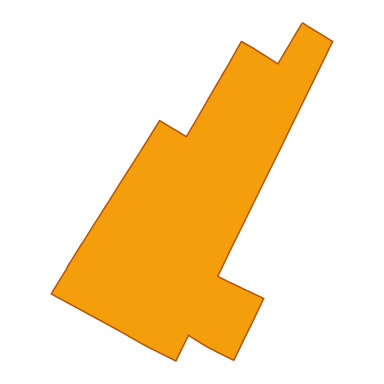 outline of Valea Macrisului, Ialomita, Romania
{"feature_id": "2599482B8217368886513", "entity_name": "Valea Macrisului", "entity_type": "district", "adm_level": 2, "iso_a3": "ROU", "parent_name": "Romania", "parent_adm1": "Ialomita", "projection": "orthographic", "projection_center": [26.849, 44.758], "detail": "fine", "context": "isolated", "style": "filled", "palette": "amber", "viewbox_px": 384, "rotation_deg": 0, "n_neighbors": 0, "source": "geoboundaries", "source_scale": "gbopen_adm2", "svg_char_len": 1994}
<svg xmlns="http://www.w3.org/2000/svg" viewBox="0 0 384 384"><path d="M156.9,351.5L161.7,353.9L175.9,361.0L179.9,352.8L181.8,348.9L185.8,340.8L187.6,337.2L188.4,335.3L188.5,335.2L188.9,335.5L192.2,337.7L199.1,342.1L208.1,347.4L216.2,351.6L218.7,352.9L230.0,358.5L233.8,360.3L238.7,350.3L243.3,340.8L245.6,336.0L248.5,330.2L249.6,328.0L250.4,326.4L252.1,322.8L254.2,318.4L255.9,314.9L263.7,298.5L243.2,288.8L231.0,282.9L230.8,283.0L218.0,276.5L217.8,276.2L227.3,256.6L227.5,255.8L243.2,224.1L267.6,174.5L271.0,167.6L276.2,157.1L283.3,142.7L283.5,142.4L284.3,140.6L287.9,133.2L292.6,123.5L322.4,62.6L327.5,52.1L332.0,42.8L332.4,42.1L332.7,41.5L332.7,41.4L331.3,40.7L330.8,40.4L326.2,37.5L322.8,35.4L320.2,33.8L318.4,32.7L314.9,30.6L311.5,28.5L310.7,28.0L307.0,25.8L304.3,24.0L304.2,23.9L303.6,23.6L303.1,23.3L303.0,23.2L302.8,23.0L302.0,23.6L301.6,24.0L295.9,33.5L292.2,39.7L292.0,40.4L284.9,52.1L277.9,63.8L265.4,55.9L265.2,55.8L259.6,52.3L259.2,51.9L255.3,49.5L253.9,48.5L250.4,46.6L250.0,46.3L246.3,44.2L242.6,42.1L242.1,41.9L241.4,41.5L241.1,42.0L238.2,47.0L231.7,58.7L231.1,59.5L230.2,61.4L229.2,63.2L229.2,63.3L226.4,68.0L221.9,75.3L222.1,75.4L216.6,84.7L212.4,91.9L207.7,100.0L197.2,118.3L186.4,136.7L167.6,125.4L161.3,121.6L159.6,120.7L145.6,143.1L141.3,150.0L137.0,156.8L133.7,162.0L131.7,165.1L130.4,167.2L128.2,170.5L122.5,179.5L119.4,184.3L114.9,191.6L111.0,197.8L108.4,202.0L108.1,202.4L104.4,208.1L103.0,210.3L102.4,211.2L101.9,212.1L99.2,216.5L97.3,219.4L96.6,220.5L95.9,221.6L94.7,223.4L92.1,227.5L89.8,231.2L88.6,233.1L86.2,236.9L84.4,239.8L83.0,242.1L81.6,244.3L81.4,244.2L80.2,246.2L79.0,248.2L77.1,251.2L71.8,259.8L69.5,263.4L68.1,265.6L67.9,265.9L68.1,266.0L67.5,266.9L67.3,267.7L59.3,280.7L51.3,293.8L51.3,294.0L74.8,306.7L97.8,319.2L98.1,319.3L112.5,327.2L128.2,335.8L128.5,336.3L131.7,338.0L133.6,339.1L135.4,340.0L137.3,341.1L138.8,342.0L140.8,343.1L146.6,346.3L151.0,348.5L152.0,349.1L154.5,350.3L156.9,351.5Z" fill="#f59e0b" stroke="#b45309" stroke-width="1.5"/></svg>